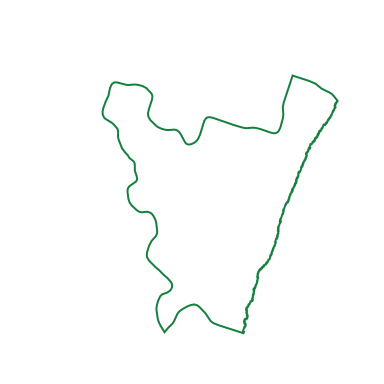 the district of Santo Domingo Este, Santo Domingo, Dominican Republic, rotated 288°
{"feature_id": "3306468B99956465733744", "entity_name": "Santo Domingo Este", "entity_type": "district", "adm_level": 2, "iso_a3": "DOM", "parent_name": "Dominican Republic", "parent_adm1": "Santo Domingo", "projection": "albers", "projection_center": [-69.79, 18.526], "detail": "fine", "context": "isolated", "style": "outline", "palette": "green", "viewbox_px": 384, "rotation_deg": 288, "n_neighbors": 0, "source": "geoboundaries", "source_scale": "gbopen_adm2", "svg_char_len": 6071}
<svg xmlns="http://www.w3.org/2000/svg" viewBox="0 0 384 384"><g transform="rotate(288 192 192)"><path d="M75.1,284.6L75.1,283.5L79.6,283.5L79.6,283.9L80.8,283.9L80.8,284.3L81.2,284.3L81.2,283.9L82.8,283.9L82.8,283.1L83.2,283.1L83.2,282.6L84.0,282.6L84.0,282.2L84.8,282.2L84.8,281.8L85.6,281.8L85.6,281.4L86.5,281.4L86.5,281.8L87.7,281.8L87.7,282.6L88.1,282.6L88.1,283.1L89.3,283.1L89.3,283.5L90.5,283.5L90.5,283.1L91.3,283.1L91.3,282.6L92.1,282.6L92.1,282.2L92.9,282.2L93.3,281.4L94.6,281.4L94.6,280.9L96.2,280.9L96.2,280.5L96.6,280.5L96.6,280.1L97.4,280.1L97.4,279.6L98.6,279.6L98.6,280.1L99.8,280.1L100.2,280.9L101.8,280.9L101.8,280.5L102.7,280.5L103.1,281.4L105.9,281.4L105.9,281.8L106.3,281.8L106.3,282.2L107.1,282.6L107.1,283.1L108.3,283.1L108.7,282.2L109.1,282.2L109.1,282.6L109.9,282.6L109.9,282.2L112.8,282.2L112.8,281.8L113.6,281.8L113.6,282.2L114.4,282.2L114.4,281.8L116.8,281.8L116.8,281.4L118.0,281.4L118.0,280.9L118.5,280.9L118.5,280.5L118.9,280.5L118.9,280.9L119.7,280.9L120.1,281.8L120.5,281.8L120.5,281.4L123.3,281.4L123.3,281.8L127.4,281.8L127.4,281.4L130.6,281.4L130.6,280.9L131.4,280.9L131.4,280.5L132.2,280.5L132.2,280.1L134.7,280.1L134.7,279.7L136.3,279.7L136.3,280.1L138.3,280.1L138.3,280.5L139.1,280.5L139.1,280.9L139.9,280.9L139.9,281.4L140.7,281.4L140.7,281.8L141.6,281.8L141.6,282.2L142.4,282.2L142.4,282.6L143.2,282.6L143.2,283.1L144.4,283.1L144.4,283.5L145.2,283.5L145.6,284.4L146.8,284.4L146.8,284.8L147.6,284.8L147.6,285.2L148.8,285.2L148.8,285.6L151.3,285.6L151.7,286.5L155.3,286.5L155.3,286.1L156.1,286.1L156.5,286.9L158.2,286.9L158.2,286.5L160.6,286.5L160.6,286.9L162.2,286.9L162.2,286.5L163.4,286.5L163.4,286.9L166.3,286.9L166.3,287.3L169.5,287.3L169.5,286.9L170.3,286.9L170.3,286.5L173.6,286.5L173.6,286.9L174.4,286.9L174.4,287.3L176.4,287.3L176.4,286.5L178.8,286.5L178.8,286.9L179.2,286.9L179.2,286.5L181.3,286.5L181.3,286.1L182.1,286.1L182.1,285.6L183.7,285.6L183.7,285.2L184.9,285.2L184.9,284.8L185.7,284.8L185.7,285.2L190.2,285.2L190.2,285.6L191.4,285.6L191.4,284.8L191.8,284.8L191.8,284.4L193.4,284.4L193.4,284.8L199.1,284.8L199.1,285.2L201.5,285.2L201.5,284.8L202.7,284.8L202.7,284.4L203.6,284.4L203.6,284.8L209.2,284.8L209.2,285.2L210.8,285.2L210.8,285.6L211.7,285.6L212.1,286.5L212.9,286.5L212.9,286.1L214.5,286.1L214.5,286.5L216.1,286.5L216.1,286.1L219.0,286.1L219.0,286.5L219.8,286.5L219.8,286.1L220.2,286.1L220.2,286.5L222.6,286.5L222.6,286.9L223.4,286.9L223.4,287.3L224.2,287.3L224.2,286.9L225.0,286.9L225.0,286.5L225.8,286.5L225.8,286.9L226.7,286.9L226.7,287.3L229.5,287.3L229.5,287.8L230.7,287.8L230.7,287.3L231.9,287.3L231.9,287.8L232.7,287.8L232.7,288.2L234.4,288.2L234.8,287.3L235.6,287.3L235.6,287.8L236.4,287.8L236.4,287.3L238.0,287.3L238.4,288.2L240.0,288.2L240.0,287.8L242.9,287.8L242.9,287.3L244.1,287.3L244.1,287.8L244.9,288.2L244.9,288.6L249.3,288.6L249.3,288.2L249.7,288.2L249.7,288.6L250.6,288.6L250.6,289.1L251.4,289.1L251.4,288.6L252.6,288.6L252.6,289.1L253.4,289.1L253.4,288.6L254.2,288.6L254.2,289.1L256.6,289.1L256.6,289.5L258.3,289.5L258.3,289.9L258.7,289.9L258.7,289.5L260.3,289.5L260.3,289.9L262.3,289.9L262.7,289.1L263.5,289.1L263.5,288.6L264.3,288.6L264.3,289.1L265.2,289.1L265.2,289.5L266.8,289.5L266.8,289.9L267.6,289.9L267.6,289.5L269.6,289.5L269.6,289.9L270.0,289.9L270.0,290.8L270.8,290.8L271.2,289.9L273.7,289.9L273.7,290.3L274.5,290.3L274.9,291.2L276.5,291.2L276.5,291.6L277.3,291.6L277.3,292.0L278.1,292.0L278.1,292.5L278.9,292.5L278.9,292.9L279.3,292.9L279.3,292.5L280.1,292.5L280.1,292.9L281.0,292.9L281.0,292.5L281.4,292.5L281.4,293.3L282.6,293.3L282.6,293.7L283.4,293.7L283.4,294.2L283.8,294.2L283.8,293.7L285.8,293.7L285.8,294.6L287.4,294.6L287.4,294.2L288.7,294.2L288.7,294.6L289.5,294.6L289.5,295.0L289.9,295.0L289.9,295.5L291.9,295.5L291.9,295.9L293.1,295.9L293.1,296.3L296.4,296.3L296.4,296.7L296.8,296.7L296.8,297.6L297.2,297.6L297.2,298.0L298.8,298.0L298.8,298.4L299.6,298.4L299.6,298.9L302.0,298.9L302.0,299.3L303.2,299.3L303.2,299.7L304.5,299.7L304.5,300.1L305.7,300.1L305.7,300.6L308.1,300.6L308.1,301.0L312.2,301.0L312.2,301.4L313.8,301.4L313.8,301.8L316.6,301.8L316.6,302.3L317.0,302.3L317.0,301.4L318.6,301.4L318.6,301.0L320.3,301.0L320.3,301.4L321.1,301.4L321.1,301.8L323.1,301.8L323.1,302.3L323.7,302.3L327.1,297.1L328.5,294.6L329.2,291.3L330.3,283.5L333.1,276.2L333.8,269.4L333.8,251.7L305.0,251.6L300.5,252.2L294.3,254.8L289.8,255.7L280.5,256.1L277.2,255.7L275.3,254.9L273.8,253.4L273.1,251.5L272.8,248.4L273.0,238.0L272.7,233.3L272.0,230.0L269.4,223.8L268.9,220.4L268.6,212.0L269.0,189.2L268.7,186.0L268.0,184.1L266.5,182.6L263.6,181.7L248.7,181.9L244.1,181.3L242.0,180.6L239.4,178.8L237.3,176.6L236.0,174.0L236.1,171.9L237.0,170.2L243.5,163.4L244.8,161.7L245.7,159.8L246.1,157.8L245.9,155.9L243.8,150.9L243.2,149.0L242.8,145.9L242.8,142.8L243.2,139.6L243.8,137.7L247.6,130.0L250.2,127.3L252.9,125.9L257.5,125.4L267.9,125.4L271.0,124.7L272.6,123.6L273.6,122.2L276.7,116.6L277.5,112.1L277.2,107.5L276.5,104.2L273.9,97.9L273.5,94.7L273.1,87.2L272.7,85.3L271.6,83.6L269.8,82.4L265.5,81.9L257.7,82.8L252.1,82.0L244.2,81.7L240.9,82.1L238.0,83.2L235.8,85.2L234.9,86.8L233.0,94.5L231.9,97.0L229.1,101.5L226.9,103.0L222.4,104.3L219.7,105.6L212.1,111.8L209.2,115.8L207.0,119.7L205.0,122.0L203.3,126.6L202.3,128.0L200.9,128.9L194.6,131.1L189.8,134.6L187.3,135.9L186.4,135.9L184.6,135.5L178.4,130.8L176.5,130.1L174.5,130.0L171.8,130.8L165.9,133.6L162.7,135.9L160.5,139.0L157.7,145.0L156.9,147.7L157.2,150.6L159.0,154.5L159.5,156.3L159.3,159.2L158.5,161.1L157.2,162.8L155.0,165.1L152.4,167.1L144.5,170.8L141.8,171.6L138.9,171.3L133.0,168.7L127.8,167.8L120.4,167.9L117.4,168.7L115.8,169.7L113.3,172.6L109.0,181.1L107.5,184.9L104.8,189.9L102.5,195.3L99.8,199.9L97.8,201.8L95.1,202.4L93.2,202.2L91.3,201.6L88.5,199.3L85.4,195.2L83.0,194.0L78.0,193.4L74.8,193.5L70.6,194.0L68.8,194.7L61.8,198.1L60.0,199.1L57.5,201.1L55.1,203.4L50.2,209.2L55.0,211.1L61.0,214.2L64.0,214.9L71.2,215.7L74.3,216.7L77.9,219.3L82.0,223.2L84.1,225.8L85.7,228.6L85.9,231.6L85.1,234.3L81.0,242.0L75.1,249.5L74.0,252.5L73.5,258.2L73.6,284.6L75.1,284.6Z" fill="none" stroke="#15803d" stroke-width="2"/></g></svg>